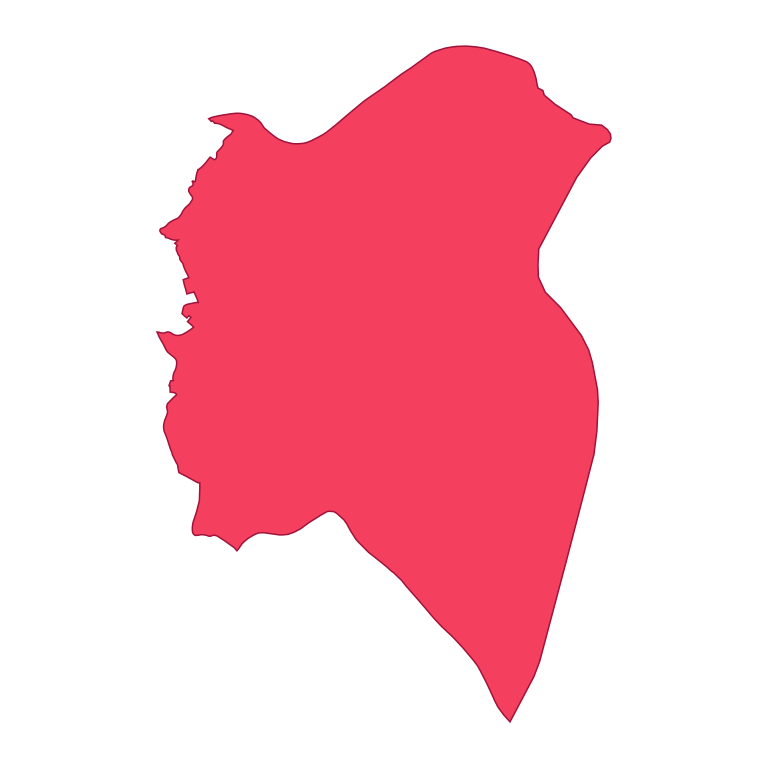 Tien Hai, Thái Bình, Vietnam
{"feature_id": "81297802B12405297659236", "entity_name": "Tien Hai", "entity_type": "district", "adm_level": 2, "iso_a3": "VNM", "parent_name": "Vietnam", "parent_adm1": "Thái Bình", "projection": "orthographic", "projection_center": [106.496, 20.36], "detail": "fine", "context": "isolated", "style": "filled", "palette": "rose", "viewbox_px": 768, "rotation_deg": 0, "n_neighbors": 0, "source": "geoboundaries", "source_scale": "gbopen_adm2", "svg_char_len": 6066}
<svg xmlns="http://www.w3.org/2000/svg" viewBox="0 0 768 768"><path d="M510.0,721.9L533.9,676.6L539.7,661.3L566.5,560.4L583.2,496.2L594.0,454.2L596.9,430.8L598.2,402.7L597.5,389.7L592.4,362.7L588.7,350.0L581.4,335.5L560.7,307.7L545.3,292.2L538.4,277.1L538.0,264.5L538.8,248.9L576.7,177.4L590.6,158.0L602.3,146.2L609.7,142.1L611.0,138.3L610.3,133.8L607.4,129.6L601.6,125.1L589.3,124.1L573.1,117.9L571.1,114.8L555.2,104.4L544.2,95.1L542.9,90.5L538.1,88.1L537.4,85.9L535.9,77.9L534.2,72.2L532.7,68.7L531.0,65.7L529.0,63.5L526.5,61.7L521.3,59.6L509.9,55.6L496.0,51.4L484.4,48.2L476.9,47.0L470.7,46.4L465.8,46.1L456.5,46.4L451.2,47.1L445.0,48.2L438.9,50.1L434.4,51.6L431.3,53.2L427.9,55.6L420.3,61.1L411.5,67.5L401.5,74.1L388.0,84.2L385.1,86.5L366.8,99.1L362.8,102.1L349.8,112.9L335.5,125.1L326.6,132.2L323.0,134.6L317.8,137.4L310.9,140.9L307.2,142.4L304.4,143.1L302.1,143.5L296.9,143.8L293.2,143.7L289.3,142.9L284.3,141.6L280.9,140.2L277.9,138.8L275.3,137.0L272.5,134.9L269.4,132.4L264.3,128.0L263.3,126.6L261.8,124.2L260.7,122.6L259.4,121.3L258.0,120.0L256.9,119.2L253.9,117.1L252.0,116.1L247.7,114.7L245.1,114.1L243.1,113.8L241.6,113.5L239.3,113.3L237.1,113.2L234.9,113.4L232.6,113.6L228.9,114.1L226.2,114.6L223.5,114.9L221.6,115.3L218.9,115.7L215.0,116.6L212.1,117.3L208.7,118.7L211.3,121.4L212.8,121.0L214.6,123.2L217.8,123.5L220.1,124.2L222.8,125.4L224.4,126.4L226.9,127.7L233.2,130.4L230.6,134.6L230.1,134.8L229.1,135.5L227.4,136.8L224.8,139.2L224.4,139.7L223.3,141.1L223.4,143.0L223.3,144.1L223.1,144.8L222.7,145.7L221.9,146.7L220.9,148.0L217.4,151.6L217.1,152.1L216.9,152.4L216.7,153.9L216.7,156.5L216.6,157.4L216.4,158.0L216.0,158.6L215.0,159.3L214.3,159.8L210.1,157.1L206.6,161.6L205.2,163.3L202.6,166.1L201.1,167.5L200.4,168.1L199.8,168.4L199.4,168.7L199.1,169.0L198.8,169.7L198.6,169.8L198.4,169.9L198.2,170.0L197.9,169.8L196.9,173.0L196.3,175.4L195.5,180.6L195.3,181.3L195.2,181.5L194.9,181.7L194.7,181.8L194.3,181.7L193.5,181.0L193.3,181.0L193.0,181.0L192.7,181.0L192.2,181.5L192.7,182.4L192.9,183.0L193.0,183.5L193.0,184.4L193.0,184.8L192.8,185.3L192.2,186.0L190.6,186.8L189.7,187.5L189.3,188.0L188.9,188.7L188.8,189.1L188.7,190.2L188.7,190.6L188.7,191.2L189.4,192.7L190.2,193.9L190.8,194.9L191.7,196.0L192.4,197.2L192.5,197.7L192.6,198.2L192.4,199.4L191.8,200.4L190.1,203.1L189.3,204.1L188.2,205.1L186.1,207.0L185.0,208.1L183.6,210.0L182.4,211.9L181.8,213.2L181.4,213.9L180.8,214.9L179.8,216.1L178.9,217.2L178.1,217.9L177.4,218.4L176.8,218.7L175.6,219.2L174.2,219.8L171.2,221.4L169.9,222.2L169.5,222.5L168.3,223.5L167.3,224.6L166.7,225.3L166.0,225.9L165.4,226.4L164.4,227.2L163.8,227.5L161.9,228.2L160.8,228.7L160.4,229.0L160.2,229.3L160.0,229.7L159.9,230.3L159.9,231.1L160.3,231.9L161.3,233.4L161.6,233.8L161.8,233.9L164.3,234.9L164.7,235.2L165.0,235.5L165.3,236.3L165.4,237.0L165.5,237.5L166.5,237.7L167.7,238.0L168.8,238.4L170.8,239.2L171.8,239.5L172.9,239.8L173.8,240.0L175.7,240.2L177.0,240.2L177.4,240.2L178.1,240.0L177.1,241.3L174.8,243.2L177.3,245.5L176.7,246.5L176.2,247.6L176.2,249.0L176.4,250.3L177.1,251.7L177.6,253.2L178.0,254.4L179.4,256.1L180.0,259.7L181.5,261.8L182.8,263.4L183.1,264.6L184.1,267.6L185.5,270.9L187.6,274.9L188.8,277.6L183.2,279.7L183.4,280.4L184.3,284.7L186.0,290.4L186.9,294.0L189.5,293.2L192.6,292.4L194.0,292.0L195.6,295.6L197.5,299.9L198.3,302.6L198.1,302.6L197.0,302.4L196.0,302.5L194.0,302.9L187.3,304.3L186.1,304.7L185.1,305.3L184.2,305.9L183.7,306.6L183.2,308.1L182.3,312.4L182.0,313.6L184.3,315.9L186.9,318.0L188.8,315.7L191.0,317.3L187.5,321.6L192.5,326.0L193.6,327.1L192.4,328.2L190.4,329.7L187.0,331.9L183.0,334.2L182.0,334.6L180.4,335.1L178.2,335.4L176.7,335.4L175.5,335.2L174.5,334.9L173.3,334.3L171.5,333.3L170.8,332.8L170.0,332.4L169.1,332.1L168.1,331.9L166.3,332.2L164.5,332.9L163.9,333.0L162.5,333.0L160.7,332.8L159.3,332.3L158.0,332.1L157.0,332.0L157.7,333.5L159.6,337.8L161.9,341.8L163.4,344.4L165.0,347.6L165.7,349.2L166.6,350.6L167.5,351.9L168.4,352.8L174.4,357.7L175.2,358.5L175.8,359.3L176.3,360.3L176.5,361.1L176.6,361.6L176.7,362.6L176.7,363.4L176.6,364.5L176.3,366.3L176.1,367.5L175.6,368.9L175.3,370.2L174.6,371.2L174.2,371.9L174.0,372.6L173.6,373.6L173.2,375.6L172.9,377.3L172.9,378.4L173.0,379.4L173.3,380.6L170.6,380.8L170.0,382.8L169.3,384.6L169.0,385.8L170.3,386.2L169.9,387.4L170.0,388.5L170.2,392.1L171.9,392.2L173.4,392.5L175.1,393.1L175.8,393.5L176.6,394.8L175.6,395.6L173.3,397.7L168.3,402.8L167.9,403.2L167.3,404.1L167.1,404.7L166.9,405.9L166.7,407.4L167.2,409.8L167.4,410.7L167.5,411.8L167.5,412.3L167.4,413.0L167.1,414.1L166.4,416.1L164.7,420.3L164.2,422.4L163.9,423.6L163.6,426.1L163.6,427.6L163.9,429.8L164.1,431.0L164.5,432.1L165.9,435.6L166.1,436.1L167.5,439.9L170.2,448.4L172.1,453.0L172.1,454.0L172.5,455.0L175.9,462.0L176.4,463.0L177.1,464.0L177.4,464.6L177.7,465.8L178.2,469.2L178.8,472.3L179.2,472.7L185.7,476.1L197.8,482.7L199.8,482.8L199.8,485.7L199.8,489.5L199.6,493.3L199.4,499.7L199.1,501.8L196.7,511.1L195.5,515.0L194.1,519.1L193.3,521.4L192.8,523.6L192.3,527.4L192.3,529.9L192.4,530.9L192.5,531.7L192.7,532.5L193.1,533.4L193.5,534.1L194.1,534.7L194.6,535.0L195.1,535.3L195.7,535.4L196.7,535.4L198.3,535.2L200.1,534.9L201.3,534.7L202.4,534.7L203.4,534.8L204.9,535.0L206.3,535.3L208.7,536.1L210.0,536.3L210.6,536.2L211.7,535.8L213.5,535.2L214.2,535.2L215.8,535.6L216.9,535.9L217.8,536.4L221.7,538.9L224.5,540.7L233.7,547.3L234.7,548.2L236.9,550.8L238.3,549.2L242.1,543.7L245.4,540.6L247.7,538.7L250.3,537.0L253.6,535.1L256.5,533.7L258.4,533.1L259.9,532.8L264.3,532.8L273.7,534.1L279.3,534.9L282.5,534.9L287.8,534.4L293.9,532.3L300.6,528.8L308.8,522.7L315.7,518.4L321.0,515.0L327.3,511.5L329.3,511.3L333.3,511.6L334.6,512.0L337.0,513.6L344.0,519.9L346.6,523.6L350.4,530.6L356.1,539.6L358.7,542.4L368.7,552.5L374.9,557.3L386.3,566.5L391.6,571.3L393.4,572.5L401.7,580.5L405.7,585.6L413.9,595.0L419.2,601.0L428.1,611.4L429.8,613.5L434.2,618.6L441.8,626.7L453.3,637.5L462.6,647.5L466.7,652.3L473.7,660.7L477.6,665.9L480.5,671.2L485.0,679.9L486.6,683.1L492.8,696.4L494.6,700.5L498.2,707.5L503.9,715.1L510.0,721.9Z" fill="#f43f5e" stroke="#9f1239" stroke-width="1.5"/></svg>